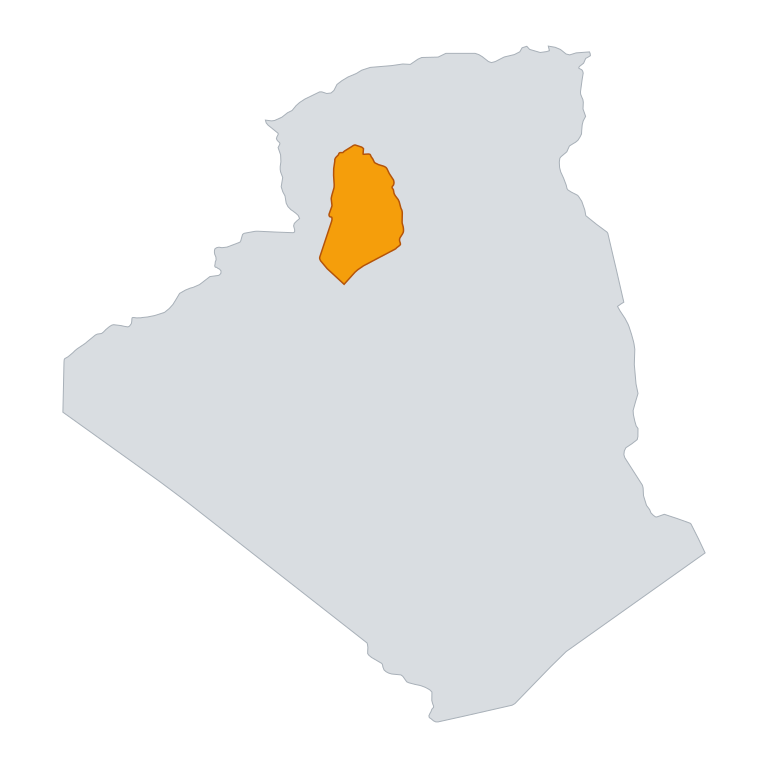 El Bayadh on a map of Algeria (Natural Earth projection)
{"feature_id": "DZA-2190", "entity_name": "El Bayadh", "entity_type": "Province", "adm_level": 1, "iso_a3": "DZA", "parent_name": "Algeria", "parent_adm1": "", "projection": "natural_earth1", "projection_center": [1.021, 32.573], "detail": "fine", "context": "in_parent", "style": "filled", "palette": "amber", "viewbox_px": 768, "rotation_deg": 0, "n_neighbors": 0, "source": "natural_earth", "source_scale": "10m", "svg_char_len": 5284}
<svg xmlns="http://www.w3.org/2000/svg" viewBox="0 0 768 768"><path d="M589.5,51.9L590.2,53.8L590.4,55.7L587.6,57.4L585.7,58.4L583.6,63.2L579.5,66.4L578.8,67.4L578.9,68.3L581.8,69.8L582.7,71.2L583.2,73.1L582.1,79.7L580.5,91.6L580.6,94.1L581.8,97.2L582.9,99.6L583.3,102.3L583.0,109.0L584.4,112.9L585.6,116.4L583.2,120.9L582.2,124.8L581.7,130.4L581.5,134.0L579.9,137.2L577.9,140.3L575.6,142.2L572.7,143.9L569.4,146.0L566.8,151.8L561.0,156.7L559.8,158.3L559.3,162.2L559.6,167.6L560.7,171.9L563.6,178.2L566.2,185.1L567.0,188.6L568.0,190.0L571.5,192.2L577.6,195.3L578.7,196.6L581.8,201.4L584.8,210.0L585.8,215.7L596.6,224.4L607.0,232.1L607.8,233.3L613.9,259.4L616.1,268.7L623.8,302.2L620.9,304.0L617.5,306.4L620.1,311.0L625.0,318.4L628.1,324.3L629.1,326.9L631.5,334.3L633.5,341.5L634.0,343.8L634.8,349.3L634.3,364.5L636.0,383.9L638.0,393.5L635.4,402.2L633.1,410.5L633.4,414.7L634.8,421.2L636.2,426.0L638.0,428.5L637.9,436.6L637.2,439.6L631.8,443.8L625.9,447.7L624.3,451.0L623.9,454.7L624.8,457.7L642.4,485.2L643.1,487.9L643.5,495.7L646.5,505.4L649.7,509.7L650.9,512.8L653.1,515.1L655.3,516.8L656.7,517.0L664.3,514.3L677.6,518.7L690.1,523.2L691.0,524.0L698.5,538.9L705.1,552.9L566.1,651.6L550.8,666.6L514.9,703.6L512.1,705.2L464.2,716.1L439.4,721.6L438.2,721.9L436.8,721.9L435.8,721.9L433.6,720.9L431.0,718.7L429.3,717.6L428.9,715.8L429.9,713.5L431.1,711.4L431.6,709.8L432.4,708.5L433.5,707.5L433.6,706.1L432.7,703.8L431.8,700.5L431.9,694.6L431.9,692.0L429.6,689.7L425.2,687.3L421.2,685.8L419.4,685.3L415.0,684.4L408.9,682.8L406.7,681.8L402.8,676.3L400.9,674.9L391.7,674.0L388.7,673.1L386.2,671.8L384.1,670.0L382.9,667.0L382.5,664.6L381.7,663.4L371.6,657.5L369.1,655.5L367.7,653.7L367.7,650.9L367.9,647.5L367.5,644.5L367.1,643.0L190.7,504.9L181.3,497.7L159.9,481.7L62.9,412.2L64.0,362.3L64.2,359.7L64.8,358.6L68.0,356.8L73.0,352.6L74.9,350.7L77.2,348.8L85.5,343.2L87.3,341.6L95.4,335.0L97.3,334.1L101.5,333.5L103.3,332.2L105.8,329.6L109.4,326.6L111.7,325.2L112.3,325.0L113.7,324.7L121.1,325.6L124.1,326.3L127.8,326.9L129.0,326.5L130.0,325.5L131.4,323.5L131.8,321.0L131.9,318.8L132.1,317.9L132.8,317.5L134.4,317.6L136.5,317.9L140.9,317.8L142.4,317.5L147.4,317.0L154.5,315.6L164.5,312.4L169.3,308.5L172.9,304.5L176.6,298.5L179.6,293.4L185.4,290.1L190.3,288.1L193.1,287.4L199.5,284.6L209.9,276.6L218.6,275.4L219.7,274.7L220.9,273.3L221.0,270.9L219.6,269.2L217.8,268.3L216.6,267.3L215.3,267.2L214.7,266.0L215.1,263.8L215.3,261.8L216.1,259.9L215.9,257.0L214.7,254.2L214.4,252.2L214.5,250.2L215.1,248.6L216.9,247.6L219.0,247.2L221.9,247.7L227.0,247.1L239.9,242.2L240.8,240.7L241.7,237.4L242.6,234.4L244.0,233.4L244.7,233.2L255.1,231.3L257.4,231.2L276.6,232.1L293.1,232.7L294.6,232.0L294.7,229.9L293.6,225.9L294.3,223.4L296.6,221.1L299.6,218.5L298.2,215.4L295.9,213.3L292.6,210.8L290.9,209.7L288.0,206.7L286.2,203.2L285.0,195.9L282.8,191.8L281.2,186.8L282.7,177.5L280.6,171.9L280.2,169.5L280.2,166.6L280.9,161.7L280.6,154.8L278.1,147.6L279.3,145.2L279.9,143.9L279.7,142.8L277.4,140.6L276.4,138.7L276.9,136.9L278.2,134.4L278.1,133.3L274.3,130.2L268.0,125.1L266.2,122.9L265.4,120.1L271.5,120.9L274.6,120.5L281.9,117.2L287.6,112.7L292.1,110.5L296.1,105.6L299.6,102.5L304.8,99.1L319.6,91.9L321.9,91.9L326.7,93.5L331.0,93.0L333.9,90.5L337.0,84.4L341.9,80.7L348.0,77.0L356.3,73.5L361.7,70.2L370.3,67.4L391.8,65.6L402.8,64.0L410.3,64.4L417.9,59.2L421.7,57.5L438.1,57.1L445.8,53.4L475.2,53.4L478.8,54.6L482.3,56.7L488.4,61.5L491.4,62.6L495.2,61.6L504.2,57.0L514.3,54.6L519.8,51.8L522.1,47.8L526.8,46.3L529.6,49.4L540.2,52.5L546.6,51.6L549.4,50.7L548.3,46.1L555.2,47.3L560.5,49.5L566.1,54.0L569.7,54.9L576.1,52.9L589.5,51.9Z" fill="#d9dde1" stroke="#a8b0b8" stroke-width="1"/><path d="M342.6,152.6L342.9,152.5L344.1,151.4L344.4,151.1L351.0,147.0L351.2,146.9L353.3,145.5L354.3,145.1L355.2,145.0L361.7,147.1L363.0,148.1L363.5,148.7L363.1,153.2L363.1,153.8L363.2,154.2L363.7,154.3L368.4,154.0L369.5,154.2L370.1,154.5L370.5,155.1L371.1,156.6L372.7,158.8L374.3,162.2L374.9,162.8L375.5,163.2L377.1,163.9L378.4,164.6L383.1,166.0L384.6,166.6L385.6,167.2L386.1,167.6L386.6,168.2L387.1,169.0L389.3,173.6L393.5,180.0L393.8,181.2L394.0,182.8L393.8,184.0L393.5,185.0L392.4,186.4L392.2,186.7L392.1,187.2L392.1,187.8L392.5,188.4L393.1,189.3L393.4,189.8L393.5,190.4L393.9,192.7L394.1,193.5L394.6,194.6L395.3,195.8L398.2,199.6L399.2,201.8L400.9,208.2L401.8,210.0L402.1,211.2L402.3,212.9L402.1,221.9L402.2,223.2L403.2,226.9L403.4,228.2L403.5,229.6L403.5,231.1L403.2,232.4L402.6,233.7L400.0,237.8L399.6,238.9L399.5,240.2L399.7,241.3L400.3,243.1L400.4,243.8L400.4,244.5L399.8,245.3L399.1,245.9L396.6,247.8L395.7,248.8L363.5,265.8L357.7,269.8L354.9,272.3L344.1,284.3L327.2,268.7L320.6,260.8L319.7,258.8L319.7,257.3L330.8,223.8L331.7,221.0L332.0,219.4L332.0,218.8L331.9,218.3L331.9,217.8L331.8,217.5L331.7,217.3L331.3,217.1L330.9,217.0L330.5,216.9L330.0,216.8L329.5,216.4L329.1,215.6L329.0,214.8L329.1,214.0L331.7,206.8L331.9,206.0L332.0,205.5L331.2,198.7L331.3,197.9L331.6,196.4L332.1,194.4L333.8,188.6L334.1,187.2L334.2,184.6L333.6,175.4L333.7,168.7L334.8,161.1L334.8,159.5L335.2,158.5L335.5,157.9L335.8,157.5L336.7,156.5L337.8,155.5L338.2,155.0L338.4,154.7L338.5,154.5L338.6,154.2L338.9,153.5L339.1,153.2L339.4,152.9L339.6,152.8L340.2,152.6L340.8,152.6L342.6,152.6Z" fill="#f59e0b" stroke="#b45309" stroke-width="1.5"/></svg>